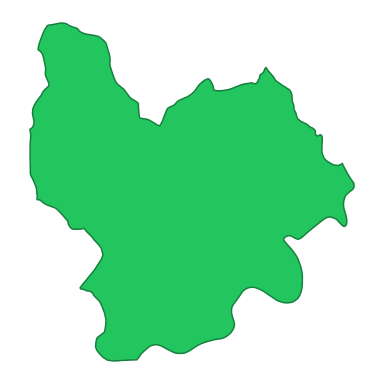 Deorali, Geylegphug, Bhutan (Equal Earth projection)
{"feature_id": "84629894B5669247756527", "entity_name": "Deorali", "entity_type": "district", "adm_level": 2, "iso_a3": "BTN", "parent_name": "Bhutan", "parent_adm1": "Geylegphug", "projection": "equal_earth", "projection_center": [89.877, 26.79], "detail": "fine", "context": "isolated", "style": "filled", "palette": "green", "viewbox_px": 384, "rotation_deg": 0, "n_neighbors": 0, "source": "geoboundaries", "source_scale": "gbopen_adm2", "svg_char_len": 5842}
<svg xmlns="http://www.w3.org/2000/svg" viewBox="0 0 384 384"><path d="M266.1,67.6L265.0,68.5L263.8,71.6L262.8,72.9L260.0,75.1L259.8,76.6L259.3,78.6L258.4,79.8L257.6,82.0L255.6,83.7L254.1,83.7L251.4,82.7L250.6,83.0L249.5,83.2L244.0,84.0L241.8,84.6L239.7,85.4L231.3,88.7L229.2,89.4L227.1,89.9L222.6,90.6L219.1,90.8L215.9,90.6L214.0,90.2L213.6,89.1L213.4,87.0L213.0,85.8L211.4,82.3L210.8,81.2L210.1,80.2L209.3,79.3L208.3,78.8L207.2,79.0L205.1,80.0L203.2,81.2L199.6,84.3L198.1,86.2L196.0,89.3L194.5,91.2L192.8,92.9L191.0,94.4L189.1,95.7L187.1,96.9L180.9,99.5L177.9,101.1L177.0,101.9L175.4,103.8L174.6,104.7L173.6,105.3L168.5,107.7L167.6,108.5L167.0,109.5L165.9,111.9L164.0,116.7L162.7,120.3L162.2,121.5L161.0,123.7L159.8,125.5L158.9,125.8L157.9,125.4L154.9,123.4L149.0,120.0L147.9,119.5L145.8,119.0L140.8,118.3L139.8,117.9L139.5,116.8L139.2,115.6L138.9,113.0L138.4,106.2L138.5,104.8L138.3,103.5L137.6,102.7L136.7,101.9L130.8,98.2L129.9,97.4L129.2,96.5L125.5,91.5L124.0,89.5L123.2,88.7L121.3,87.3L118.6,85.0L116.9,83.4L116.2,82.4L115.0,80.2L113.6,76.6L112.3,72.9L110.3,66.8L110.0,65.5L109.9,64.2L110.0,61.6L110.1,60.2L110.1,58.9L109.7,56.3L109.2,53.8L108.0,50.1L106.6,45.0L106.2,43.8L105.6,42.7L104.9,41.7L101.4,38.5L99.5,37.1L98.5,36.5L97.5,36.2L94.2,35.4L86.6,34.2L84.4,33.6L83.4,33.3L80.3,31.8L79.4,31.1L77.9,29.1L77.1,28.3L76.0,27.9L73.8,27.4L71.7,26.6L68.6,25.2L66.7,23.9L64.6,23.3L62.4,23.0L60.2,23.1L58.0,23.5L52.6,24.6L48.2,25.2L47.3,25.8L45.2,28.8L44.0,31.1L42.9,33.4L39.8,41.8L39.0,44.3L38.4,47.0L38.2,48.3L38.1,49.5L38.7,50.4L40.2,51.2L41.0,52.1L41.8,53.1L42.4,54.1L42.9,55.3L44.9,64.2L45.6,68.1L45.6,69.4L45.3,73.4L45.4,74.7L45.7,75.9L47.7,80.6L48.7,83.2L49.1,84.5L48.9,85.6L48.2,86.5L44.6,89.8L43.0,91.7L42.4,92.8L41.3,95.1L40.6,96.1L38.3,99.0L36.2,102.0L34.3,105.3L33.3,107.6L32.9,108.8L32.5,112.8L32.6,114.5L33.9,120.7L34.0,121.8L34.0,123.1L33.8,124.4L33.3,125.6L32.7,126.8L32.0,127.8L29.9,129.5L30.7,134.6L30.8,136.0L30.7,137.3L30.4,139.9L30.2,143.8L30.1,151.8L30.1,157.0L30.3,167.6L30.3,171.6L30.3,172.9L30.5,174.2L30.8,175.4L31.3,176.6L32.6,178.8L34.7,183.5L36.0,187.1L36.3,188.3L36.8,190.8L36.7,191.9L36.8,193.5L37.3,195.1L37.3,196.3L37.0,197.5L37.1,199.6L38.0,199.8L39.1,199.8L40.1,200.1L40.9,200.6L42.7,202.3L43.6,203.0L45.6,204.2L47.7,205.2L54.0,207.5L56.0,208.5L56.9,209.2L59.5,211.7L62.8,215.3L66.7,219.9L67.5,220.6L68.6,224.8L70.4,227.5L71.7,228.7L73.5,229.3L80.2,229.2L81.7,229.0L82.8,228.4L84.6,229.0L86.2,231.1L87.0,232.0L91.3,236.2L92.1,237.1L93.5,239.1L94.3,240.1L98.4,244.4L99.2,245.3L101.2,248.2L103.0,254.8L101.3,259.3L94.2,270.3L81.8,285.4L81.2,286.4L80.1,287.8L80.6,288.9L82.1,289.0L83.1,289.4L85.1,289.8L85.8,290.5L86.7,290.9L88.7,291.0L90.7,291.6L91.5,292.2L92.3,292.9L93.1,293.9L93.6,295.0L94.2,295.9L95.7,297.5L99.6,301.3L102.1,306.5L103.3,309.8L103.7,311.0L104.2,311.9L104.4,313.0L105.0,314.8L105.1,316.0L105.8,318.2L106.0,319.2L106.0,321.1L105.8,323.3L105.7,325.1L105.0,329.7L104.4,332.1L101.9,334.0L101.3,334.7L99.0,336.2L97.1,337.9L96.4,339.8L95.7,344.2L95.6,347.0L96.7,350.1L99.5,353.7L103.1,357.4L107.4,360.1L113.8,361.0L124.2,360.3L136.9,359.8L141.3,353.8L142.1,352.9L148.2,347.4L150.2,346.1L152.3,345.3L154.4,344.8L155.5,344.7L156.6,344.8L158.8,345.1L162.0,346.3L167.0,349.1L170.0,350.6L173.1,352.1L175.2,352.9L176.2,353.2L178.4,353.4L182.8,353.3L185.0,352.9L186.0,352.5L188.1,351.5L190.1,350.4L194.9,347.1L197.8,345.4L200.9,343.8L202.9,343.0L207.2,341.5L210.4,340.7L214.7,339.6L220.2,338.8L222.3,338.3L224.4,337.5L226.4,336.4L228.3,335.0L230.1,333.4L230.9,332.6L231.7,331.6L233.0,329.5L233.6,328.4L234.0,327.1L234.3,325.9L234.5,324.6L234.3,323.3L233.7,320.7L232.5,317.0L232.2,315.8L231.6,313.2L231.5,311.9L231.5,310.6L231.6,309.2L231.8,307.9L232.2,306.7L232.7,305.6L233.4,304.5L239.9,295.5L242.0,292.4L242.7,291.4L243.6,290.6L245.5,289.2L247.5,288.1L248.5,287.8L250.7,287.3L252.9,287.2L254.0,287.3L256.2,287.9L259.3,289.1L261.4,290.1L264.3,291.8L274.8,299.0L277.8,300.8L283.1,302.5L284.2,302.7L287.5,302.9L291.8,302.3L292.9,301.9L293.9,301.4L296.7,299.3L297.6,298.5L298.4,297.6L299.7,295.4L300.2,294.2L301.1,291.8L301.4,290.6L301.9,288.0L302.3,284.1L302.4,276.1L302.3,274.8L302.0,272.2L301.2,268.4L300.5,265.9L298.3,259.8L297.2,257.5L295.3,254.3L293.1,251.3L291.6,249.4L287.6,244.9L285.1,242.0L284.4,241.0L283.8,239.9L283.8,238.8L284.3,238.0L285.2,237.1L286.1,236.5L287.2,236.1L288.3,235.8L289.4,235.7L290.5,235.8L291.5,236.2L294.5,237.9L296.5,238.8L297.6,239.2L298.7,239.1L300.8,238.2L303.5,236.0L306.1,233.6L310.6,229.8L317.9,223.9L322.5,220.2L325.3,218.2L326.3,217.7L328.5,217.1L329.6,216.9L332.8,217.6L335.9,219.0L336.8,219.6L338.4,221.5L341.8,224.9L342.7,225.7L343.6,226.4L344.7,226.4L345.6,225.6L346.3,224.6L346.6,223.4L346.8,222.1L346.7,219.4L346.3,216.8L346.0,215.6L343.8,208.1L343.6,205.5L343.5,204.1L343.7,201.5L344.0,200.2L344.7,197.7L345.2,196.5L345.8,195.4L346.6,194.5L347.4,193.7L349.2,192.1L352.0,190.0L352.9,189.2L353.9,187.4L354.1,186.1L354.0,184.8L353.8,183.5L353.3,182.4L351.1,179.4L347.2,173.0L344.2,167.4L342.3,163.5L340.4,164.6L338.6,165.4L335.6,165.3L333.5,164.9L328.0,161.8L325.4,159.8L324.1,157.9L323.5,156.9L322.7,154.7L322.3,153.6L322.1,152.4L321.8,151.4L321.9,150.2L321.9,145.4L322.1,144.2L322.2,140.6L322.3,139.6L322.2,137.2L322.0,136.1L321.3,135.2L320.4,134.8L319.4,135.1L317.6,136.0L316.6,135.7L315.9,134.9L315.4,133.9L315.4,131.5L315.0,130.4L314.3,129.6L313.4,128.8L311.7,127.5L310.9,127.6L310.0,127.0L307.6,124.8L306.8,124.2L304.0,122.9L303.1,122.3L302.1,122.0L301.2,121.6L299.5,120.3L297.9,118.9L297.3,117.9L296.8,116.9L296.0,113.4L295.5,112.1L294.1,109.8L293.9,108.2L294.0,107.1L293.6,104.9L293.2,103.6L292.6,102.5L292.4,101.4L292.1,99.3L292.1,97.0L291.7,94.1L290.9,91.8L289.2,89.6L286.4,88.0L285.7,87.2L284.7,86.9L283.8,86.3L276.1,80.9L275.3,80.0L273.4,76.8L272.6,75.8L268.6,71.3L267.8,70.3L266.1,67.6Z" fill="#22c55e" stroke="#15803d" stroke-width="1.5"/></svg>